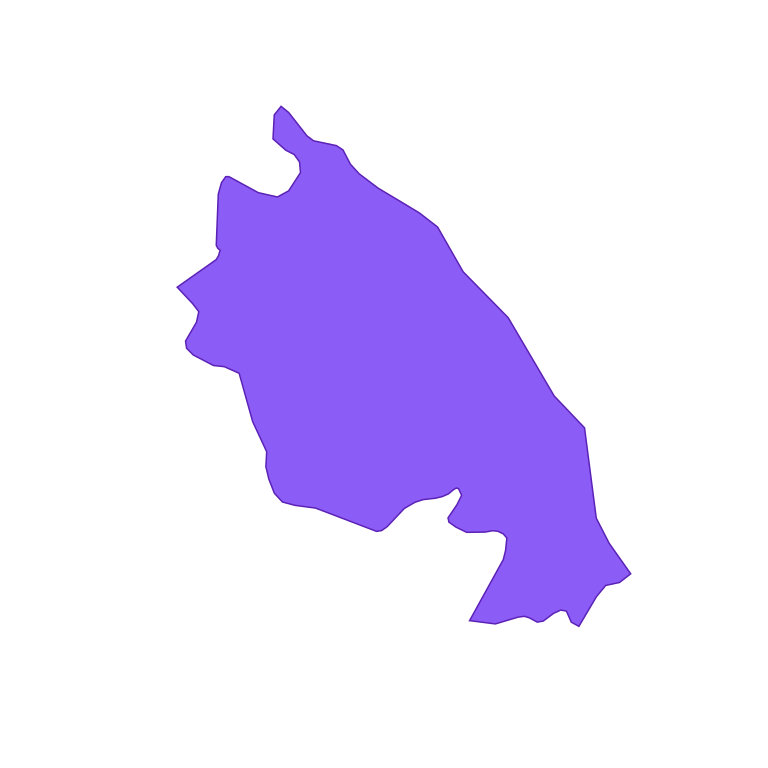 outline of Ciudad de la Habana, rotated 69°
{"feature_id": "CUB-1428", "entity_name": "Ciudad de la Habana", "entity_type": "Province", "adm_level": 1, "iso_a3": "CUB", "parent_name": "Cuba", "parent_adm1": "", "projection": "mercator", "projection_center": [-82.298, 23.071], "detail": "fine", "context": "isolated", "style": "filled", "palette": "violet", "viewbox_px": 768, "rotation_deg": 69, "n_neighbors": 0, "source": "natural_earth", "source_scale": "10m", "svg_char_len": 1306}
<svg xmlns="http://www.w3.org/2000/svg" viewBox="0 0 768 768"><g transform="rotate(69 384 384)"><path d="M87.9,380.6L96.4,375.7L124.7,367.0L131.7,362.6L144.5,342.9L150.8,338.4L166.7,336.6L178.8,331.9L198.9,319.4L236.9,289.7L256.7,277.7L307.6,269.9L366.6,244.3L456.2,229.4L496.8,212.5L585.3,233.9L613.3,230.9L649.6,221.7L653.7,235.3L651.5,249.2L658.6,261.8L680.1,288.9L673.5,294.5L661.4,295.1L658.4,300.0L658.9,307.9L662.4,320.3L661.2,326.3L654.3,332.2L651.2,336.2L649.7,342.5L647.9,366.0L635.6,388.9L590.7,335.6L583.2,330.3L571.8,324.5L566.6,326.4L562.2,330.6L559.9,335.2L558.5,342.6L552.1,360.0L543.7,367.9L536.3,372.9L531.9,372.2L522.8,359.1L515.7,351.4L508.4,351.9L507.0,353.9L507.8,357.8L509.7,363.1L510.0,369.9L509.1,376.9L506.0,388.7L505.5,397.6L507.5,409.7L518.3,432.1L520.0,438.7L518.9,443.8L475.3,492.4L465.5,510.4L457.8,521.1L446.7,525.5L431.5,525.6L418.8,523.9L405.2,517.8L372.2,520.1L322.1,515.4L310.6,526.9L305.6,536.6L288.7,551.6L279.9,555.5L272.8,553.9L259.1,536.9L250.1,531.0L240.3,533.9L219.5,542.4L207.7,496.0L205.0,492.6L200.5,489.1L197.6,490.6L194.4,490.9L147.4,470.7L137.8,463.6L133.7,457.5L134.8,454.5L160.3,432.8L171.2,416.5L169.5,403.8L156.7,386.2L146.4,383.3L137.6,385.6L130.6,391.9L115.4,399.8L93.4,390.0L87.9,380.6Z" fill="#8b5cf6" stroke="#5b21b6" stroke-width="1.5"/></g></svg>